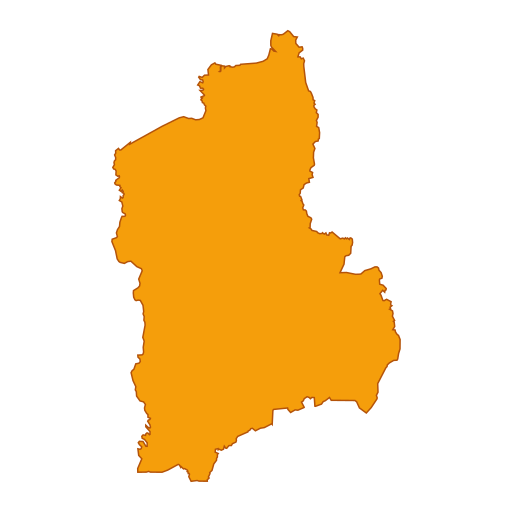 Arenillas, El Oro, Ecuador
{"feature_id": "8360857B40714321113119", "entity_name": "Arenillas", "entity_type": "district", "adm_level": 2, "iso_a3": "ECU", "parent_name": "Ecuador", "parent_adm1": "El Oro", "projection": "natural_earth1", "projection_center": [-80.11, -3.588], "detail": "fine", "context": "isolated", "style": "filled", "palette": "amber", "viewbox_px": 512, "rotation_deg": 0, "n_neighbors": 0, "source": "geoboundaries", "source_scale": "gbopen_adm2", "svg_char_len": 6044}
<svg xmlns="http://www.w3.org/2000/svg" viewBox="0 0 512 512"><path d="M302.7,50.1L302.7,48.3L302.1,46.8L299.1,47.2L295.8,43.4L295.7,40.1L297.3,37.0L293.7,36.6L289.7,31.7L287.8,30.7L283.2,34.3L281.2,34.8L278.5,34.6L279.1,36.3L277.2,34.2L272.5,33.4L270.8,40.7L270.8,45.3L271.5,47.1L275.6,51.4L273.8,51.1L271.9,49.1L270.4,48.8L268.8,55.1L267.2,58.8L263.1,61.3L256.3,63.1L240.6,64.3L239.9,65.3L235.9,65.5L234.3,66.9L232.6,67.2L230.0,66.7L230.2,66.2L229.2,65.7L225.8,66.5L224.5,67.9L224.5,66.1L221.9,65.8L220.9,66.9L220.8,71.0L220.1,71.6L219.5,71.5L220.5,70.7L220.4,67.0L221.1,65.3L215.8,64.2L214.9,62.9L211.4,64.8L207.9,69.5L208.5,75.0L204.5,75.2L202.2,77.4L199.2,76.4L198.7,77.2L200.5,79.7L202.6,79.9L203.2,81.7L202.7,82.8L199.9,81.7L197.7,85.0L199.5,85.8L200.5,88.2L202.7,88.2L203.6,89.2L202.9,90.3L200.0,90.4L204.4,95.0L204.4,95.6L201.0,97.0L201.1,97.7L202.4,98.0L200.9,99.8L202.1,100.9L202.4,102.6L203.8,103.1L204.4,104.8L205.8,106.1L205.4,108.0L205.9,110.7L203.0,117.8L199.4,119.5L195.6,119.8L191.7,118.3L188.6,118.5L183.7,116.7L179.3,117.8L162.1,126.3L129.8,144.2L130.2,142.4L120.8,150.0L119.6,150.0L118.5,148.4L115.6,150.7L115.7,153.2L114.6,154.9L115.7,157.6L115.6,159.7L114.4,161.0L114.0,162.6L114.4,164.7L112.8,167.4L113.7,169.0L115.1,169.3L116.1,170.9L115.9,174.9L117.8,176.3L119.2,175.8L119.5,176.7L119.3,177.7L115.8,180.3L115.8,181.5L114.7,182.8L115.0,183.9L116.4,185.0L119.9,185.4L119.9,186.6L121.0,187.7L119.3,190.2L121.2,191.5L122.2,190.0L123.2,191.4L122.4,192.7L123.9,193.4L124.0,194.6L123.2,195.5L123.1,197.6L122.4,198.1L120.4,196.6L120.3,198.8L119.3,200.5L121.8,202.0L122.8,206.0L121.9,208.7L122.2,211.6L122.6,212.4L125.2,213.9L125.5,215.2L125.2,216.0L124.2,216.4L122.1,216.3L121.3,218.0L119.9,222.2L119.5,226.5L117.5,229.6L116.4,232.9L117.4,236.6L116.4,237.7L112.2,239.2L111.9,241.6L115.5,250.6L117.2,258.9L118.9,261.5L120.2,262.4L124.4,263.4L127.7,261.6L130.9,261.2L136.8,266.6L141.4,268.7L142.2,270.8L138.7,279.1L140.0,283.3L139.6,286.0L138.0,287.8L133.5,290.6L133.3,293.0L133.7,297.2L134.9,299.8L136.1,300.6L138.1,300.1L140.3,300.4L143.0,305.3L143.7,311.5L143.1,313.9L144.2,316.5L143.9,320.2L144.9,322.3L145.1,325.2L142.8,337.4L144.2,341.1L143.2,347.3L143.6,352.0L143.1,354.0L142.0,354.9L137.8,355.1L138.0,357.2L139.9,359.0L140.3,361.5L139.0,363.2L135.8,363.8L133.9,369.2L132.1,370.7L131.1,372.7L133.0,380.6L135.8,386.6L135.3,389.9L136.3,391.6L136.6,396.1L140.0,400.9L143.6,401.9L145.4,404.5L144.5,408.0L144.8,410.3L146.8,413.6L147.9,414.4L148.0,417.3L150.4,418.3L149.9,419.5L148.2,420.2L147.7,421.3L149.9,424.7L150.5,427.2L149.9,428.0L148.3,427.5L145.8,425.2L145.8,426.8L150.0,431.5L150.0,434.4L149.4,434.7L147.9,433.1L147.0,432.9L145.7,434.1L145.5,435.4L143.1,434.9L141.8,436.3L142.2,438.3L144.5,439.4L147.2,442.8L147.1,446.3L145.9,446.3L143.0,441.5L139.4,441.3L138.3,442.7L139.4,444.6L141.7,446.8L141.2,448.6L140.1,449.3L137.9,448.8L138.7,455.4L141.8,458.8L137.7,468.5L137.8,472.2L146.3,472.1L148.6,471.4L150.4,472.1L162.1,472.2L167.7,470.1L178.2,464.4L179.4,464.9L180.7,467.3L181.1,466.6L183.5,468.9L184.7,468.6L187.4,470.2L187.7,471.0L187.2,471.6L188.0,472.0L188.2,473.5L189.0,473.4L189.5,474.1L188.8,476.7L191.1,481.3L197.1,480.5L199.0,481.1L207.3,481.2L207.2,479.9L209.1,478.0L208.4,477.0L210.0,473.6L209.7,472.6L212.0,470.4L213.8,463.9L216.5,460.3L216.6,458.2L217.4,457.0L217.4,454.6L218.2,453.5L215.2,452.2L215.4,449.3L218.1,448.6L218.2,449.8L219.1,449.2L221.3,450.2L223.5,449.2L224.3,446.2L225.6,448.1L226.7,448.3L228.9,445.6L231.4,445.5L232.4,443.7L235.9,442.1L236.4,440.6L236.2,438.7L237.7,436.4L247.9,431.9L248.1,431.1L250.0,430.0L250.7,428.7L252.4,428.3L255.4,430.8L260.4,428.2L264.3,427.6L271.7,423.8L272.2,424.4L272.9,410.3L273.7,409.4L287.6,408.0L287.9,409.4L290.6,412.5L295.1,409.9L297.9,410.2L303.9,407.6L304.2,407.3L301.5,402.1L303.3,400.8L304.2,398.7L307.1,396.7L309.4,397.6L310.4,398.7L311.9,397.4L314.3,397.6L314.9,406.2L315.5,406.3L321.5,404.1L323.2,401.6L325.3,400.7L329.5,397.5L331.2,400.3L355.0,400.5L356.7,401.9L359.4,407.9L366.3,413.0L371.2,407.6L376.9,399.0L377.2,397.9L376.4,395.3L378.0,392.2L377.7,383.6L385.9,367.7L387.0,366.6L387.3,364.9L389.4,362.9L393.7,360.4L397.0,360.2L397.7,359.0L398.6,353.5L400.0,348.9L400.1,339.5L398.5,335.4L397.1,334.4L395.5,332.0L395.1,330.0L392.8,329.7L394.7,326.5L394.2,322.1L393.4,321.3L394.6,320.5L392.4,316.2L393.0,313.5L392.5,310.9L389.7,309.2L390.6,308.8L390.1,307.2L391.9,305.7L390.9,305.1L390.6,304.1L391.1,301.7L386.6,299.3L384.1,300.7L382.9,300.5L381.0,295.2L379.9,293.7L382.7,290.3L384.7,292.2L385.0,290.5L386.0,289.9L386.2,288.5L383.1,285.2L379.7,284.2L379.4,279.9L379.7,279.0L381.9,278.2L382.3,276.3L381.1,272.6L379.0,270.2L378.5,268.0L377.1,266.9L374.9,266.9L370.9,268.8L364.8,270.6L360.9,274.0L359.2,274.2L355.5,274.3L346.4,272.5L340.0,272.7L344.0,264.2L344.8,256.7L346.1,255.7L348.7,255.3L350.7,253.3L351.1,246.3L352.1,245.2L352.6,242.5L352.3,239.1L350.8,237.9L350.0,238.0L349.3,239.5L347.5,238.0L346.5,238.8L345.4,237.8L344.4,238.9L342.8,238.1L340.2,238.8L332.1,232.0L330.6,233.0L329.5,232.8L328.7,235.3L326.7,234.9L325.9,232.9L324.3,234.1L322.5,232.8L322.3,233.4L319.8,233.7L317.8,232.8L316.7,231.5L311.9,230.4L311.2,229.1L309.3,227.9L310.1,227.5L310.2,223.7L311.7,219.2L310.9,217.8L307.9,216.3L306.8,213.7L306.4,211.1L305.3,210.0L303.4,209.8L302.7,207.9L303.8,205.0L302.8,203.6L301.9,200.7L301.5,200.9L301.1,200.6L301.9,199.8L300.6,196.4L299.6,196.2L299.2,194.7L300.2,193.3L300.5,189.8L303.2,188.0L304.1,184.6L306.5,183.0L309.4,182.3L308.8,178.6L313.0,177.4L312.1,174.6L312.6,172.5L309.9,171.1L309.8,170.2L310.9,167.7L314.2,165.3L314.5,164.2L313.4,157.9L313.6,152.2L314.9,148.5L312.9,144.1L315.4,141.5L318.1,141.0L318.4,139.1L319.3,138.5L319.6,132.6L318.7,127.6L316.6,126.4L317.1,122.4L316.4,120.4L318.1,117.2L318.1,114.4L316.3,112.7L316.9,110.0L315.2,108.8L313.9,106.7L313.9,105.3L315.1,104.3L314.0,103.1L314.7,100.6L313.1,99.8L313.0,97.4L311.4,93.3L310.4,91.5L308.6,90.8L305.7,82.5L303.8,66.5L303.7,63.7L304.5,60.8L303.2,58.1L301.3,58.8L300.2,56.9L297.9,56.8L299.1,52.9L302.7,50.1Z" fill="#f59e0b" stroke="#b45309" stroke-width="1.5"/></svg>